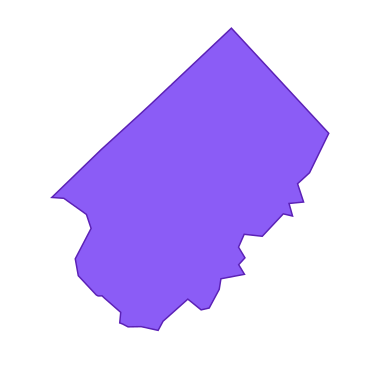 Yadkin, North Carolina, United States of America, rotated 135°
{"feature_id": "52423323B7501124425209", "entity_name": "Yadkin", "entity_type": "district", "adm_level": 2, "iso_a3": "USA", "parent_name": "United States of America", "parent_adm1": "North Carolina", "projection": "natural_earth1", "projection_center": [-80.603, 36.167], "detail": "fine", "context": "isolated", "style": "filled", "palette": "violet", "viewbox_px": 384, "rotation_deg": 135, "n_neighbors": 0, "source": "geoboundaries", "source_scale": "gbopen_adm2", "svg_char_len": 789}
<svg xmlns="http://www.w3.org/2000/svg" viewBox="0 0 384 384"><g transform="rotate(135 192 192)"><path d="M48.3,280.0L130.1,282.4L130.5,282.3L130.9,282.3L131.3,282.4L131.9,282.4L133.1,282.5L143.6,282.8L151.9,283.0L168.9,283.6L222.1,286.0L226.1,286.2L295.0,287.3L287.1,278.2L282.5,250.8L289.1,237.6L321.8,227.3L331.6,213.2L332.5,187.1L332.3,186.2L331.9,185.0L331.6,184.6L329.0,182.2L328.9,178.4L327.5,157.3L335.7,150.5L335.4,150.0L334.7,148.3L334.5,148.0L332.6,141.9L323.1,132.7L313.8,118.1L303.8,121.1L270.7,119.2L268.9,102.2L261.9,97.8L241.6,103.9L232.9,110.2L213.1,96.7L210.4,107.6L201.1,108.0L198.1,120.1L185.0,125.2L173.6,111.0L142.9,112.0L137.9,103.9L131.5,115.3L120.2,106.0L111.5,123.2L95.3,122.5L53.8,136.8L48.3,280.0Z" fill="#8b5cf6" stroke="#5b21b6" stroke-width="1.5"/></g></svg>